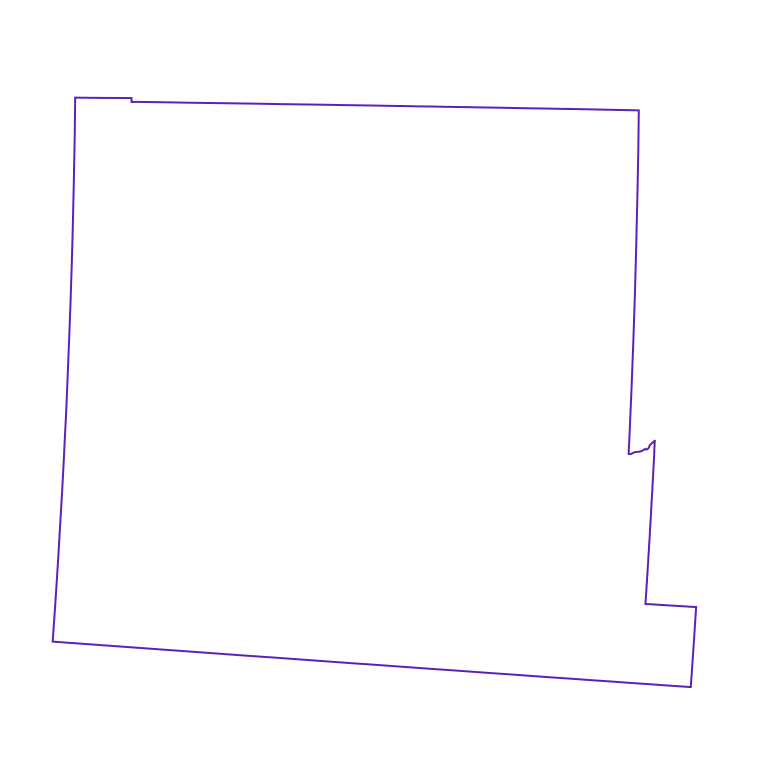 an SVG outline of New Mexico, rotated 273°
{"feature_id": "USA-3524", "entity_name": "New Mexico", "entity_type": "State", "adm_level": 1, "iso_a3": "USA", "parent_name": "United States of America", "parent_adm1": "", "projection": "orthographic", "projection_center": [-107.139, 34.164], "detail": "fine", "context": "isolated", "style": "outline", "palette": "violet", "viewbox_px": 768, "rotation_deg": 273, "n_neighbors": 0, "source": "natural_earth", "source_scale": "10m", "svg_char_len": 3575}
<svg xmlns="http://www.w3.org/2000/svg" viewBox="0 0 768 768"><g transform="rotate(273 384 384)"><path d="M185.5,656.7L183.0,656.7L180.5,656.6L178.0,656.6L178.0,657.4L178.0,658.2L178.0,659.0L178.0,659.8L178.0,660.6L178.0,661.4L178.0,662.2L178.0,663.0L178.0,663.8L178.0,664.5L178.0,665.3L177.9,666.1L177.9,666.9L177.9,667.7L177.9,668.5L177.9,669.3L177.9,670.1L177.9,670.9L177.9,671.7L177.9,672.5L177.9,673.3L177.9,674.1L177.9,674.8L177.9,675.6L177.9,676.4L177.8,677.2L177.8,678.0L177.8,678.8L177.8,679.6L177.8,680.4L177.8,681.2L177.8,682.0L177.8,682.8L177.8,683.6L177.8,684.4L177.8,685.2L177.8,686.0L177.8,686.7L177.7,687.5L177.7,688.3L177.7,689.1L177.7,689.9L177.7,690.7L177.7,691.5L177.7,692.3L177.7,693.1L177.7,693.9L177.7,694.7L177.7,695.5L177.7,696.3L177.7,697.1L177.7,697.8L177.6,698.6L177.6,699.4L177.6,700.2L177.6,701.0L177.6,701.8L177.6,702.6L177.6,703.4L177.6,704.2L177.6,705.0L177.6,705.8L177.6,706.6L177.6,707.4L173.4,707.3L169.3,707.3L165.2,707.2L161.1,707.2L157.0,707.1L152.9,707.1L148.8,707.0L144.6,707.0L140.5,706.9L136.4,706.8L132.3,706.8L128.2,706.7L124.1,706.7L119.9,706.6L115.8,706.5L111.7,706.5L107.6,706.4L105.0,706.3L103.5,706.3L99.4,706.2L97.4,706.2L97.4,705.9L97.4,705.7L97.7,685.7L98.1,665.7L98.4,645.7L98.8,625.8L99.1,605.8L99.5,585.8L99.8,565.9L100.2,545.9L100.6,525.9L100.9,506.0L101.3,486.0L101.7,466.0L102.0,446.0L102.4,426.0L102.8,406.1L103.2,386.1L103.5,366.1L103.9,346.1L104.3,326.2L104.7,306.2L105.1,286.2L105.4,266.2L105.8,246.3L106.2,226.3L106.6,206.3L107.0,186.4L107.4,166.4L107.8,146.4L108.2,126.5L108.6,106.5L109.0,86.5L109.4,66.6L126.4,66.9L143.4,67.2L160.4,67.4L177.5,67.6L194.5,67.8L211.5,67.9L228.5,68.0L245.5,68.1L262.6,68.2L279.6,68.2L296.6,68.2L313.6,68.1L330.7,68.1L347.7,68.0L364.7,67.8L381.7,67.6L398.8,67.4L415.8,67.2L432.8,66.9L449.8,66.7L466.8,66.3L483.8,66.0L500.8,65.6L517.8,65.2L534.8,64.7L551.8,64.2L568.8,63.7L585.8,63.1L602.8,62.6L619.8,62.0L636.8,61.3L653.8,60.6L654.4,74.7L655.0,88.8L655.7,102.8L656.3,116.9L652.5,117.1L652.6,119.1L652.8,122.7L653.4,138.3L654.0,154.0L654.5,169.7L655.1,185.3L655.7,201.0L656.3,216.7L656.9,232.3L657.5,248.0L658.0,263.7L658.6,279.3L659.2,295.0L659.8,310.7L660.3,326.4L660.9,342.0L661.5,357.7L662.0,373.4L662.6,389.1L663.1,404.7L663.7,420.4L664.2,436.1L664.8,451.8L665.3,467.4L665.9,483.1L666.4,498.8L666.9,514.5L667.5,530.1L668.0,545.8L668.6,561.5L669.1,577.1L669.6,592.8L670.1,608.5L670.6,624.1L649.4,625.0L628.2,625.8L607.0,626.5L585.8,627.2L564.6,627.8L543.4,628.4L522.1,629.0L500.9,629.5L479.7,630.0L458.4,630.4L437.2,630.8L415.9,631.1L394.7,631.4L373.4,631.6L352.2,631.8L330.9,631.9L328.4,632.0L326.9,632.0L326.9,633.9L329.0,637.9L329.5,640.3L329.8,642.9L330.5,644.9L332.9,648.3L332.2,649.2L332.8,650.5L333.7,651.4L334.8,652.1L336.2,652.3L337.4,653.1L342.0,657.8L340.9,657.4L336.9,657.4L334.4,657.4L331.9,657.4L329.4,657.5L326.9,657.5L324.5,657.5L322.0,657.5L319.5,657.5L317.0,657.5L314.5,657.5L312.1,657.5L309.6,657.5L307.1,657.5L304.6,657.5L302.1,657.5L299.6,657.5L297.2,657.5L294.7,657.5L292.2,657.5L289.7,657.5L287.2,657.5L284.8,657.4L282.3,657.4L279.8,657.4L277.3,657.4L274.8,657.4L272.3,657.4L269.9,657.4L267.4,657.4L264.9,657.4L262.4,657.4L259.9,657.4L257.5,657.3L255.0,657.3L252.5,657.3L250.0,657.3L247.5,657.3L245.0,657.3L242.6,657.3L240.1,657.2L237.6,657.2L235.1,657.2L232.6,657.2L230.1,657.2L227.7,657.1L225.2,657.1L222.7,657.1L220.2,657.1L217.7,657.1L215.3,657.0L212.8,657.0L210.3,657.0L207.8,657.0L205.3,656.9L202.9,656.9L200.4,656.9L197.9,656.9L195.4,656.8L192.9,656.8L190.4,656.8L188.0,656.7L185.5,656.7Z" fill="none" stroke="#5b21b6" stroke-width="2"/></g></svg>